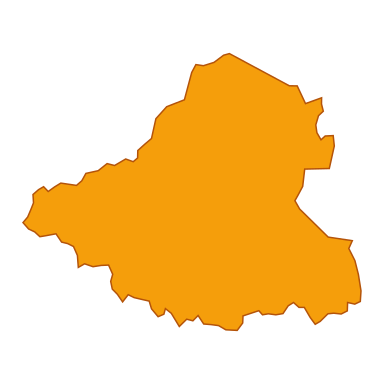 Ipiranga do Sul, Rio Grande do Sul, Brazil (Robinson projection)
{"feature_id": "56859067B33035970320489", "entity_name": "Ipiranga do Sul", "entity_type": "district", "adm_level": 2, "iso_a3": "BRA", "parent_name": "Brazil", "parent_adm1": "Rio Grande do Sul", "projection": "robinson", "projection_center": [-52.426, -27.924], "detail": "fine", "context": "isolated", "style": "filled", "palette": "amber", "viewbox_px": 384, "rotation_deg": 0, "n_neighbors": 0, "source": "geoboundaries", "source_scale": "gbopen_adm2", "svg_char_len": 1487}
<svg xmlns="http://www.w3.org/2000/svg" viewBox="0 0 384 384"><path d="M229.4,53.6L223.6,55.2L214.0,62.4L203.4,65.7L195.9,64.6L191.7,72.5L184.4,99.8L175.9,103.1L166.7,106.7L155.9,118.7L151.5,138.5L144.9,144.1L137.8,150.5L137.6,158.0L133.2,161.7L125.7,159.0L114.6,165.5L107.1,163.6L98.2,170.7L85.9,173.4L81.8,180.8L76.5,185.4L60.8,183.1L54.6,186.9L48.2,191.5L43.6,186.7L38.6,189.6L33.0,194.5L33.5,202.9L30.8,209.7L27.7,217.0L23.0,222.6L28.6,229.0L34.7,231.9L39.9,236.7L45.9,235.7L56.0,233.8L61.6,242.1L67.7,243.6L73.5,246.5L77.4,255.4L78.3,267.4L84.6,263.8L93.0,266.7L101.3,265.4L108.6,265.1L112.7,274.3L110.7,281.4L112.3,289.1L117.4,294.3L122.6,301.9L128.2,294.7L134.1,297.6L140.9,299.2L149.2,301.1L151.5,308.8L158.1,316.7L163.9,314.2L165.4,308.6L171.3,313.3L179.3,326.5L186.7,319.2L192.9,320.8L198.1,315.5L203.7,324.0L211.1,324.6L218.6,325.6L225.8,329.8L237.2,330.4L242.7,323.0L243.0,315.9L258.8,310.7L262.5,314.8L268.3,313.8L275.8,314.8L283.0,313.6L288.2,305.8L293.5,302.5L299.0,307.4L304.3,307.4L310.2,317.5L315.2,324.3L320.2,321.4L327.9,313.8L333.7,313.2L341.2,314.0L347.3,310.9L347.6,302.5L354.8,304.1L360.3,301.5L361.0,290.9L358.4,274.5L354.9,260.6L348.8,248.5L352.3,240.7L328.2,237.1L299.7,209.1L294.9,200.7L298.0,195.2L302.7,186.4L304.7,169.1L329.3,168.5L334.3,146.0L333.2,135.6L325.2,136.0L321.0,139.8L316.9,132.7L315.8,124.9L318.5,115.7L323.3,111.2L321.5,104.0L321.6,97.8L305.5,103.6L297.2,85.9L289.3,85.8L229.4,53.6Z" fill="#f59e0b" stroke="#b45309" stroke-width="1.5"/></svg>